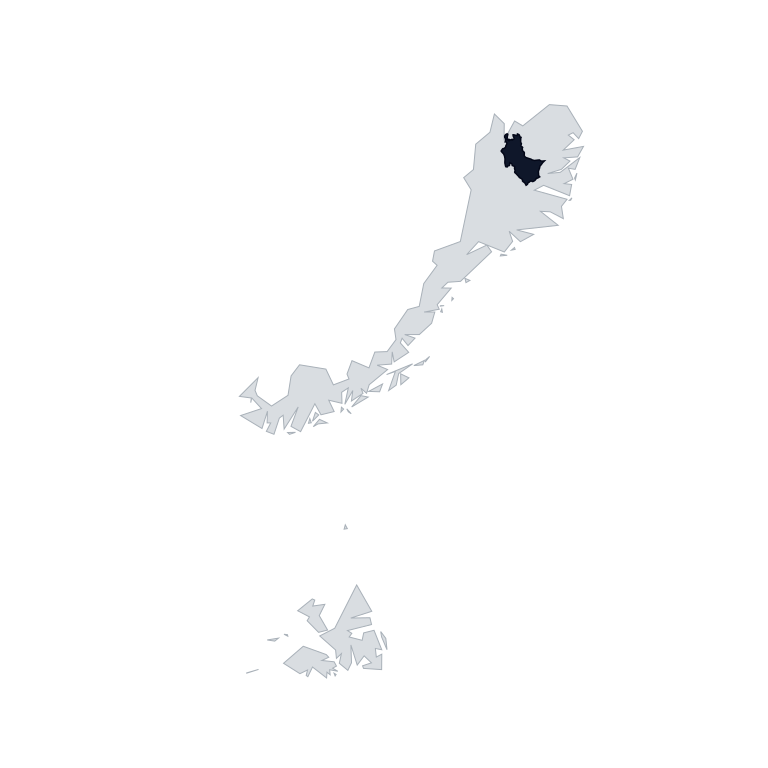 Buskerud highlighted on a map of Norway, rotated 194°
{"feature_id": "NOR-918", "entity_name": "Buskerud", "entity_type": "County", "adm_level": 1, "iso_a3": "NOR", "parent_name": "Norway", "parent_adm1": "", "projection": "albers", "projection_center": [9.402, 60.275], "detail": "fine", "context": "in_parent", "style": "filled", "palette": "ink", "viewbox_px": 768, "rotation_deg": 194, "n_neighbors": 0, "source": "natural_earth", "source_scale": "10m", "svg_char_len": 6623}
<svg xmlns="http://www.w3.org/2000/svg" viewBox="0 0 768 768"><g transform="rotate(194 384 384)"><path d="M432.9,370.9L419.2,380.4L422.3,384.7L420.7,398.9L402.5,396.0L400.6,412.8L388.8,416.2L383.1,430.0L387.2,440.0L379.0,462.0L368.6,467.8L369.7,491.1L361.2,512.0L366.6,514.9L367.2,525.3L344.4,540.7L346.4,593.5L356.6,603.5L349.1,613.7L353.0,638.9L342.1,653.9L342.2,672.7L330.3,665.7L326.5,649.4L320.9,670.8L311.8,668.0L291.1,695.1L273.7,698.0L252.6,677.2L254.5,669.2L261.3,673.6L265.4,670.1L258.6,667.0L266.7,654.3L247.9,662.8L251.1,651.2L264.3,646.9L257.5,645.3L263.8,635.2L276.1,627.8L264.2,632.0L248.8,651.1L250.5,638.5L257.3,638.0L250.2,628.4L257.7,622.0L250.2,623.0L249.5,611.6L277.2,615.4L285.1,608.4L251.1,607.5L254.8,599.3L250.0,587.8L264.4,591.3L274.0,589.4L253.4,580.1L292.6,565.6L275.0,565.4L286.1,555.1L299.5,562.5L293.7,553.5L299.2,541.2L326.7,545.0L335.1,529.5L317.8,543.7L311.6,538.3L334.6,502.1L346.6,498.2L351.1,491.2L342.0,493.3L351.6,473.8L348.5,469.9L362.5,463.5L352.1,466.1L352.5,454.5L361.7,440.5L375.9,437.0L365.0,436.0L370.0,427.1L377.5,432.8L378.1,427.8L367.7,420.7L379.5,407.9L383.8,417.2L381.4,405.2L395.2,400.6L384.0,398.9L398.2,379.7L398.7,370.8L405.3,374.3L402.1,369.8L411.5,359.6L412.7,370.1L417.1,354.8L417.7,371.6L423.1,365.7L420.1,355.1L433.7,354.9L425.7,345.2L437.7,338.9L446.3,348.1L453.4,317.6L464.0,320.4L461.7,341.0L470.0,316.1L474.3,329.3L477.3,325.6L478.6,308.6L486.7,309.6L484.5,318.8L488.0,318.0L490.5,329.4L491.6,311.3L515.5,318.7L496.9,330.5L508.8,338.4L521.3,337.0L507.7,359.7L507.6,346.6L504.1,341.9L487.8,335.4L474.4,349.8L476.1,369.4L470.6,382.2L444.0,384.4L432.9,370.9ZM349.8,97.4L359.8,102.2L360.1,112.1L363.8,106.3L366.6,114.2L385.4,124.0L372.7,135.1L361.9,182.4L340.9,160.5L359.6,148.9L341.1,153.8L337.9,147.6L359.8,135.9L354.9,134.3L356.6,130.1L343.2,130.0L343.5,137.6L334.1,142.6L321.9,125.6L328.4,125.3L325.4,117.2L320.8,121.3L317.2,106.3L335.1,103.1L336.6,105.4L328.7,110.4L337.5,115.4L342.0,104.8L353.0,122.8L348.1,105.7L349.8,97.4ZM368.6,84.9L384.9,92.1L387.1,81.6L389.0,82.4L389.0,88.0L395.5,82.6L413.9,88.7L398.9,110.0L374.6,107.5L371.5,105.5L377.4,100.7L365.2,102.4L361.9,98.8L365.1,95.8L359.3,94.1L367.6,93.6L365.9,88.8L369.6,90.6L368.6,84.9ZM387.4,127.2L401.3,135.7L400.0,140.0L412.9,143.1L401.6,158.1L398.9,157.6L399.4,151.3L388.1,155.9L390.8,143.6L379.2,131.6L387.4,127.2ZM376.0,398.9L383.8,393.8L361.1,410.5L372.3,397.7L371.9,385.8L377.9,378.8L376.0,398.9ZM386.4,375.4L397.1,373.1L385.4,383.7L386.4,375.4ZM396.2,367.5L409.8,353.9L403.5,367.1L396.2,367.5ZM316.8,126.9L325.2,138.1L327.3,143.0L320.7,137.6L316.8,126.9ZM367.5,387.4L370.3,397.9L361.3,396.0L367.5,387.4ZM442.3,325.5L438.1,334.1L429.6,332.5L438.4,329.3L442.3,325.5ZM444.4,330.6L443.7,339.8L439.8,338.2L444.4,330.6ZM351.0,412.0L359.5,409.1L350.5,416.7L351.0,412.0ZM447.3,70.5L436.7,76.7L447.6,70.0L447.3,70.5ZM427.8,108.1L435.4,107.4L424.9,111.9L427.8,108.1ZM458.2,315.7L463.5,312.3L465.8,313.6L458.2,315.7ZM447.8,327.6L447.6,332.5L445.2,328.8L447.8,327.6ZM419.0,346.4L419.7,351.2L417.1,349.9L419.0,346.4ZM387.6,233.5L387.5,238.0L384.6,234.8L387.6,233.5ZM420.5,117.0L417.0,117.4L416.3,116.0L420.5,117.0ZM329.0,502.2L331.0,506.1L325.7,505.3L329.0,502.2ZM408.6,347.2L411.9,348.4L414.1,350.9L408.6,347.2ZM360.8,88.9L362.5,91.3L360.2,90.6L360.8,88.9ZM301.8,538.3L295.6,538.7L302.1,536.4L301.8,538.3ZM292.8,544.7L290.4,548.0L289.3,546.3L292.8,544.7ZM349.2,417.9L346.4,421.8L349.3,415.2L349.2,417.9ZM248.9,629.9L247.8,635.3L247.7,628.2L248.9,629.9ZM346.1,470.8L344.7,467.7L346.5,467.8L346.1,470.8ZM508.8,333.7L509.3,337.5L508.9,337.0L508.8,333.7ZM347.9,473.8L344.6,474.6L348.6,473.0L347.9,473.8ZM338.4,481.5L338.9,484.5L337.2,483.6L338.4,481.5ZM248.6,607.0L246.7,610.1L247.3,607.5L248.6,607.0Z" fill="#d9dde1" stroke="#a8b0b8" stroke-width="1"/><path d="M325.0,648.3L324.9,648.7L325.0,649.6L325.1,650.4L325.2,651.0L325.5,651.6L325.8,651.9L326.1,652.1L326.4,652.3L326.6,652.8L326.8,653.4L326.9,653.8L326.6,654.9L325.9,655.9L325.1,656.5L324.4,656.4L324.2,656.0L324.2,655.4L324.2,654.1L324.2,653.9L324.0,652.9L324.0,652.3L323.9,652.1L323.8,651.8L323.8,651.6L323.4,651.2L323.2,651.0L322.8,651.0L322.3,650.4L321.9,650.2L321.5,650.2L321.3,650.6L321.5,650.8L321.7,651.3L321.9,651.4L322.1,651.4L322.1,651.6L320.4,651.4L319.9,651.6L319.1,652.3L318.8,651.8L318.6,651.8L317.4,652.9L317.1,653.4L317.1,653.8L317.1,654.0L317.3,654.2L317.9,654.9L318.5,655.6L319.0,656.7L319.1,656.9L319.1,657.0L318.8,657.1L318.4,657.2L315.0,657.2L314.9,657.5L315.0,658.9L313.6,658.7L312.9,658.3L312.7,658.0L312.3,657.4L312.0,656.9L311.8,656.7L311.7,656.6L310.9,656.6L310.7,656.5L310.6,656.4L310.6,656.2L310.7,655.9L310.9,655.6L311.0,655.4L310.6,654.9L310.5,654.3L310.2,652.8L309.9,651.8L309.6,651.3L309.3,651.0L309.1,650.8L308.9,650.6L308.8,650.4L308.8,649.9L308.8,649.3L308.9,648.8L309.0,648.3L308.2,647.8L307.5,647.6L306.7,647.1L306.8,646.3L306.7,645.3L306.5,645.1L306.4,645.0L306.4,644.9L306.5,644.7L306.4,644.5L306.3,644.3L305.8,643.8L305.5,643.6L304.2,642.9L303.8,642.4L303.6,641.6L303.3,639.9L303.0,639.3L302.8,639.1L301.7,638.3L301.2,638.1L295.6,637.7L295.2,637.5L293.8,637.2L293.0,637.3L292.3,637.2L288.3,638.7L287.4,639.0L285.8,638.4L284.6,638.5L282.3,639.3L282.6,638.8L283.6,637.2L284.5,634.8L285.2,633.6L285.3,633.2L285.4,632.8L285.3,630.9L285.4,630.3L285.6,628.2L285.6,627.8L285.5,627.1L284.8,625.1L284.7,624.6L284.5,623.9L284.2,623.5L283.0,622.7L284.5,621.2L285.0,620.8L285.4,620.8L285.7,620.7L285.8,620.6L285.9,620.3L286.0,619.9L286.7,618.3L287.2,617.6L288.6,616.4L289.3,616.4L289.6,616.5L290.1,616.6L290.8,616.4L291.4,615.8L292.0,614.9L292.4,614.5L292.6,614.4L292.8,614.1L293.0,613.9L293.1,612.5L294.0,611.4L294.2,611.2L295.1,612.2L295.7,612.9L296.7,613.5L298.2,614.1L298.6,614.5L298.8,614.6L298.8,614.8L298.9,615.1L298.9,615.4L299.0,615.6L299.4,616.0L300.5,616.5L302.6,617.1L303.6,618.0L307.0,620.2L307.9,620.6L308.2,620.8L308.3,621.0L308.5,621.3L308.5,621.6L308.4,622.1L308.4,622.7L309.5,624.7L309.6,625.1L309.7,626.4L310.1,626.7L310.6,626.8L312.1,627.0L312.4,627.0L312.6,627.3L312.7,627.7L312.8,628.0L313.1,628.4L314.4,629.0L315.5,629.2L315.5,628.7L315.2,627.4L315.1,626.9L315.2,626.5L315.4,626.2L315.7,625.9L316.8,625.6L317.1,625.2L317.0,624.7L316.9,624.5L317.0,624.4L318.4,624.3L318.9,625.0L319.1,625.4L319.3,626.0L319.9,627.0L320.2,627.8L320.4,628.5L320.9,631.1L321.0,631.6L321.2,632.1L322.2,634.3L322.6,634.9L323.3,635.8L323.5,636.1L325.8,637.6L326.7,638.4L326.0,640.4L325.8,640.9L325.5,641.2L324.9,641.4L324.2,641.8L323.4,643.2L323.3,643.5L323.4,644.5L323.2,645.4L323.0,646.2L323.0,646.9L323.0,647.4L323.2,647.8L323.7,648.2L324.3,648.4L325.0,648.3Z" fill="#0f172a" stroke="#020617" stroke-width="1.5"/></g></svg>